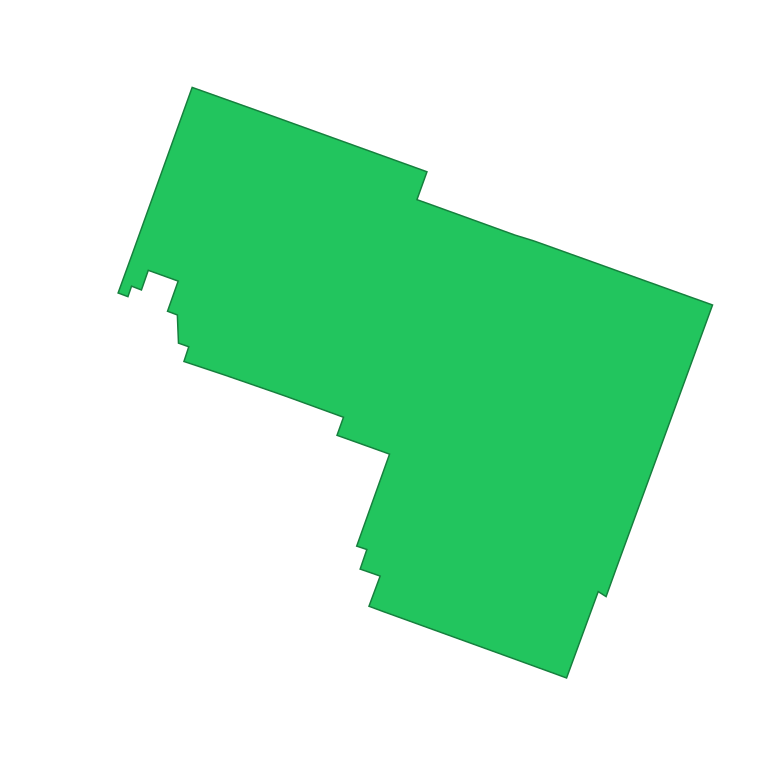 outline of Sanpete, Utah, United States of America, rotated 290°
{"feature_id": "52423323B58095875078867", "entity_name": "Sanpete", "entity_type": "district", "adm_level": 2, "iso_a3": "USA", "parent_name": "United States of America", "parent_adm1": "Utah", "projection": "albers", "projection_center": [-111.655, 39.423], "detail": "fine", "context": "isolated", "style": "filled", "palette": "green", "viewbox_px": 768, "rotation_deg": 290, "n_neighbors": 0, "source": "geoboundaries", "source_scale": "gbopen_adm2", "svg_char_len": 627}
<svg xmlns="http://www.w3.org/2000/svg" viewBox="0 0 768 768"><g transform="rotate(290 384 384)"><path d="M570.6,665.7L569.7,476.5L568.7,455.6L568.6,384.1L568.5,351.9L598.1,351.8L597.6,180.7L597.1,102.3L420.6,103.0L378.6,103.0L378.5,113.5L389.6,113.3L389.4,123.9L410.2,123.6L410.3,155.4L378.3,155.7L378.2,166.2L352.1,176.9L352.2,187.8L336.7,188.3L337.9,229.8L338.9,293.9L338.9,357.3L319.7,357.4L319.9,388.5L320.0,413.2L222.3,413.8L222.6,424.5L201.9,424.9L202.2,446.1L170.0,445.9L169.9,462.0L170.2,593.3L170.2,656.1L262.2,656.3L260.2,665.4L288.8,665.3L570.6,665.7Z" fill="#22c55e" stroke="#15803d" stroke-width="1.5"/></g></svg>